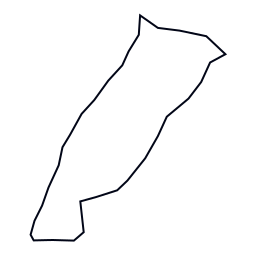 Saranti, Nicosia, Cyprus
{"feature_id": "46923920B86385656004858", "entity_name": "Saranti", "entity_type": "district", "adm_level": 2, "iso_a3": "CYP", "parent_name": "Cyprus", "parent_adm1": "Nicosia", "projection": "equal_earth", "projection_center": [33.004, 34.977], "detail": "fine", "context": "isolated", "style": "outline", "palette": "ink", "viewbox_px": 256, "rotation_deg": 0, "n_neighbors": 0, "source": "geoboundaries", "source_scale": "gbopen_adm2", "svg_char_len": 506}
<svg xmlns="http://www.w3.org/2000/svg" viewBox="0 0 256 256"><path d="M83.7,232.2L80.3,201.4L95.6,197.2L117.2,190.3L127.4,180.6L145.2,158.3L157.9,136.1L166.8,116.7L188.5,98.6L201.2,82.0L210.1,62.5L225.4,54.2L206.3,36.2L179.5,30.6L157.9,27.9L140.1,15.4L138.8,34.8L128.6,51.4L122.3,65.3L108.3,80.6L94.3,100.0L81.6,113.9L70.1,134.7L62.5,147.2L58.7,165.3L48.5,187.5L42.1,205.6L34.5,220.8L30.6,234.7L33.7,240.4L46.9,240.1L52.8,240.0L73.9,240.6L83.7,232.2Z" fill="none" stroke="#020617" stroke-width="2"/></svg>